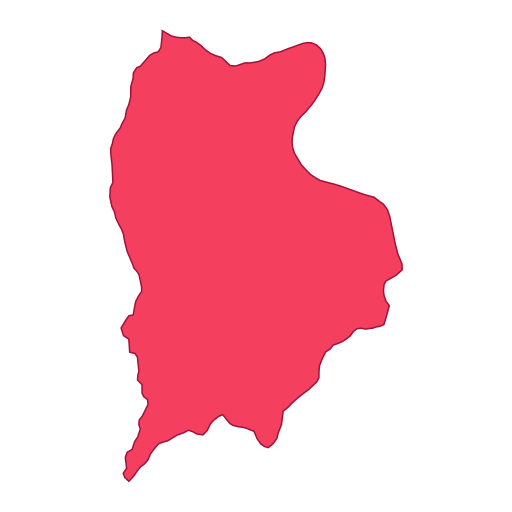 the district of Iacanga, São Paulo, Brazil
{"feature_id": "56859067B95917259831804", "entity_name": "Iacanga", "entity_type": "district", "adm_level": 2, "iso_a3": "BRA", "parent_name": "Brazil", "parent_adm1": "São Paulo", "projection": "equal_earth", "projection_center": [-49.042, -21.9], "detail": "fine", "context": "isolated", "style": "filled", "palette": "rose", "viewbox_px": 512, "rotation_deg": 0, "n_neighbors": 0, "source": "geoboundaries", "source_scale": "gbopen_adm2", "svg_char_len": 2696}
<svg xmlns="http://www.w3.org/2000/svg" viewBox="0 0 512 512"><path d="M389.3,305.7L385.9,301.0L383.9,294.9L383.5,290.4L384.1,284.4L386.1,280.9L396.0,275.3L402.2,269.8L402.0,264.0L397.8,253.7L396.5,248.7L395.3,244.0L389.7,216.3L387.4,209.6L383.4,204.2L378.7,200.9L374.1,197.2L369.4,196.0L363.6,194.3L358.9,192.7L351.5,190.0L342.6,186.8L334.1,184.1L320.5,180.6L315.8,178.0L310.4,174.4L305.8,169.7L301.4,164.9L294.6,153.6L292.8,148.1L292.1,143.0L292.2,138.2L294.5,126.8L297.5,120.9L300.3,117.1L305.6,111.9L311.6,104.8L314.2,101.3L318.6,94.4L322.0,88.3L323.8,82.6L324.8,76.0L325.2,70.0L325.6,64.4L324.8,57.5L323.1,53.0L320.6,48.7L316.4,44.9L311.2,42.8L307.2,42.6L303.3,43.3L297.8,45.2L292.2,47.3L288.8,48.4L285.5,49.7L280.4,51.8L274.6,52.8L270.4,54.7L264.3,59.1L258.5,61.5L250.7,62.9L244.9,62.9L235.8,66.0L230.2,65.6L225.9,61.5L221.6,57.5L216.1,55.8L210.6,53.5L205.2,49.7L201.3,45.8L196.2,42.1L192.7,40.4L189.4,37.1L185.6,37.8L179.4,37.6L176.0,37.2L171.1,35.9L162.3,30.7L162.0,37.6L160.9,47.5L158.2,51.8L153.6,53.0L149.6,55.5L145.5,60.3L140.3,66.2L136.7,67.7L133.4,72.9L133.0,78.8L130.8,86.4L130.7,97.0L128.8,104.6L126.5,110.0L125.1,118.1L121.9,123.8L120.3,127.8L115.7,133.9L113.4,138.7L112.4,143.6L110.6,148.6L111.0,156.0L112.0,164.3L112.9,182.4L110.3,187.9L109.8,196.9L111.9,206.6L114.7,212.5L115.6,217.5L119.1,224.9L121.6,229.3L123.3,233.8L124.8,242.1L127.2,251.5L130.1,258.4L132.5,263.9L134.1,268.4L136.8,271.2L139.0,274.7L141.5,286.5L141.7,291.3L138.2,296.6L135.7,301.5L134.3,308.6L133.2,314.9L129.0,315.7L126.2,319.4L121.1,328.0L123.5,335.6L128.8,339.1L129.7,352.2L135.0,353.5L137.4,357.1L138.9,371.1L137.8,375.6L137.5,380.0L142.0,384.7L142.0,393.0L143.8,396.8L147.5,399.6L148.1,404.4L142.4,415.9L139.2,420.0L138.8,424.5L140.3,428.9L137.8,436.8L134.6,441.7L132.2,449.3L127.1,452.3L125.3,457.4L126.6,468.3L123.2,473.2L124.8,477.5L128.9,481.3L134.0,475.8L137.2,470.9L140.3,467.0L144.4,464.0L148.1,459.7L150.5,453.8L154.6,448.4L158.7,443.7L163.6,441.9L167.8,440.8L171.4,438.6L177.0,435.1L183.9,432.7L188.3,430.2L193.0,431.8L196.6,433.9L202.9,434.9L207.3,430.4L210.3,424.1L213.9,420.0L218.7,416.4L222.6,414.6L229.9,423.5L232.9,425.4L238.7,426.8L243.1,427.3L247.0,428.5L250.5,430.0L254.0,431.3L257.1,438.7L260.7,443.9L264.5,446.5L268.3,447.6L272.9,443.9L276.9,438.4L278.0,433.7L281.5,424.5L283.2,411.2L288.1,407.2L291.4,403.7L295.5,399.9L300.6,395.6L309.0,389.2L316.6,382.1L318.9,377.9L319.0,371.2L319.5,365.8L322.5,358.1L325.7,351.9L330.2,349.0L333.2,345.0L336.8,343.9L341.7,341.9L346.6,338.8L350.5,335.6L353.1,331.8L356.7,328.8L361.1,328.2L365.5,329.1L369.4,328.5L372.7,328.2L375.9,327.0L379.6,326.4L383.9,324.6L386.3,316.7L389.3,305.7Z" fill="#f43f5e" stroke="#9f1239" stroke-width="1.5"/></svg>